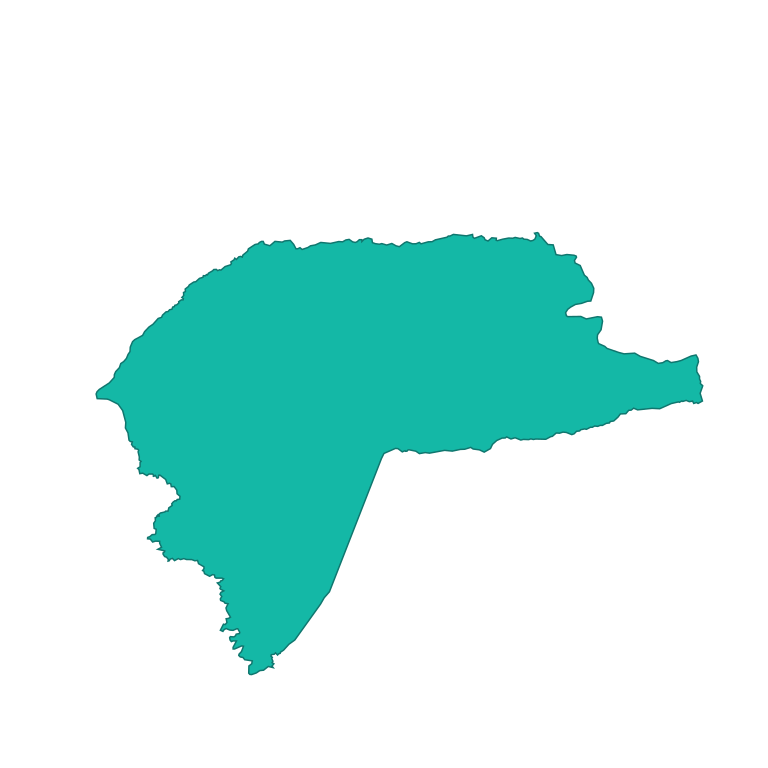 outline of Mavago, Niassa, Mozambique, rotated 59°
{"feature_id": "85939544B69199020344442", "entity_name": "Mavago", "entity_type": "district", "adm_level": 2, "iso_a3": "MOZ", "parent_name": "Mozambique", "parent_adm1": "Niassa", "projection": "equal_earth", "projection_center": [36.395, -12.167], "detail": "fine", "context": "isolated", "style": "filled", "palette": "teal", "viewbox_px": 768, "rotation_deg": 59, "n_neighbors": 0, "source": "geoboundaries", "source_scale": "gbopen_adm2", "svg_char_len": 6170}
<svg xmlns="http://www.w3.org/2000/svg" viewBox="0 0 768 768"><g transform="rotate(59 384 384)"><path d="M556.1,645.0L562.2,648.9L563.8,648.6L564.9,647.1L565.9,642.3L565.7,638.1L567.3,634.6L566.5,628.7L570.0,625.1L568.1,625.3L567.1,622.5L565.2,623.5L564.4,622.0L561.5,621.6L560.8,620.5L559.1,621.1L558.0,620.0L559.1,617.2L558.6,615.5L561.5,614.8L561.0,613.4L561.4,611.7L560.6,610.9L560.4,607.1L558.1,599.5L557.5,592.3L540.0,551.8L536.4,545.3L534.0,537.8L446.6,424.6L443.5,419.8L445.1,407.4L446.6,405.3L451.6,403.3L452.0,400.4L452.7,400.3L453.4,398.9L452.9,397.3L453.4,396.3L458.0,391.3L461.9,389.5L464.0,384.0L466.7,380.6L472.1,366.2L476.7,360.0L479.4,352.2L481.5,348.4L483.0,342.3L485.6,341.1L489.6,336.1L494.0,333.2L494.2,326.0L491.6,322.1L490.5,316.4L491.2,310.6L492.7,307.9L492.5,306.1L496.5,303.5L497.6,299.3L502.5,295.6L503.3,293.0L506.2,288.6L506.7,286.4L508.5,284.5L509.3,282.3L514.7,273.8L515.0,268.2L515.6,266.6L514.7,261.6L516.6,258.8L517.4,255.4L519.4,252.7L524.1,249.1L524.6,246.6L523.7,243.3L525.0,240.5L524.5,239.0L525.8,235.2L527.1,233.8L527.4,229.3L528.4,227.7L528.5,225.1L530.4,222.6L530.8,220.0L532.0,218.0L532.2,213.7L533.5,210.8L532.7,209.4L534.0,206.1L532.9,200.5L531.4,196.8L534.0,192.0L532.6,187.8L533.7,185.6L533.3,182.5L536.8,179.9L542.9,166.8L547.2,160.4L548.7,147.9L551.0,140.8L551.8,140.3L552.0,137.4L552.8,136.9L553.7,133.4L556.4,131.4L557.6,128.3L560.2,128.5L560.8,125.7L562.4,124.8L562.6,119.8L554.8,117.8L549.7,111.7L546.5,112.6L544.8,111.2L542.3,111.0L540.0,109.6L534.7,109.6L530.6,107.3L526.9,103.0L523.6,101.7L519.8,101.6L518.2,106.4L516.9,117.2L515.7,121.4L513.5,126.9L509.9,128.9L509.3,130.5L509.3,134.1L507.6,138.3L502.7,140.9L492.3,150.1L486.7,153.2L481.8,162.7L477.8,166.6L468.4,174.5L465.4,175.4L460.1,179.1L458.7,179.1L454.5,177.6L451.8,175.6L449.3,170.0L442.7,164.3L438.7,163.2L436.3,166.3L432.4,177.1L427.5,180.5L420.9,191.8L419.5,192.5L416.4,191.6L414.6,188.0L414.2,184.5L414.4,178.9L416.6,173.2L417.9,166.9L419.4,164.0L413.6,157.3L410.0,154.9L404.5,154.3L400.0,155.3L397.3,155.0L393.9,156.2L383.5,154.8L378.7,157.9L376.2,157.1L374.5,153.7L373.3,153.4L371.5,154.8L367.2,160.6L365.4,165.6L361.7,169.9L351.9,167.3L348.8,171.7L338.6,173.5L337.4,174.5L334.4,173.9L333.2,174.6L332.3,177.3L335.3,177.1L337.4,179.8L337.7,182.1L337.0,184.6L333.8,186.8L331.9,189.5L330.2,190.1L329.3,192.5L325.9,196.1L325.4,198.5L323.1,202.0L321.0,207.7L319.5,213.1L318.5,213.8L316.9,212.6L314.2,216.3L315.0,221.2L312.4,223.1L310.2,222.8L307.1,224.2L305.7,231.5L303.8,232.1L301.4,231.1L299.5,237.0L291.5,247.5L291.2,251.1L290.3,252.7L290.6,254.5L286.9,265.7L286.8,269.5L284.9,272.9L282.9,280.1L280.8,280.8L280.3,284.3L278.5,287.4L273.9,291.1L273.5,293.4L274.2,300.1L271.8,302.5L267.6,304.9L266.3,310.1L262.5,313.6L261.8,316.0L259.3,319.1L256.9,321.1L253.6,319.8L250.6,322.5L249.7,326.4L250.5,329.6L248.9,328.7L247.6,330.8L248.2,333.8L247.9,335.7L246.0,337.7L242.1,339.4L240.9,342.5L240.8,346.3L238.6,349.4L235.9,357.5L230.1,365.3L229.4,371.3L227.7,375.8L227.8,378.9L226.5,384.9L223.9,385.8L223.6,388.4L222.8,389.8L217.8,389.5L212.6,390.4L210.2,395.5L210.0,398.1L205.6,404.0L206.7,410.6L202.5,414.5L199.6,414.1L198.7,415.5L198.5,418.0L199.1,419.6L198.0,422.7L198.3,430.6L199.9,432.5L200.8,438.5L202.2,440.1L200.9,441.0L200.2,442.9L201.2,446.4L199.3,447.1L200.3,448.6L200.5,452.4L202.1,452.7L202.8,454.1L201.5,459.7L202.4,465.2L201.5,466.0L201.1,468.2L199.4,468.7L198.2,471.0L198.7,472.6L198.6,477.3L199.5,479.2L198.8,479.8L199.2,481.5L198.1,483.0L199.3,484.3L198.4,487.8L199.4,492.6L198.6,494.6L198.8,499.9L199.7,501.4L200.2,505.5L202.5,506.6L202.3,508.7L205.0,510.1L205.7,512.7L207.5,512.0L208.4,512.9L207.5,514.4L207.7,517.6L208.9,518.1L209.4,520.9L208.8,522.7L209.7,523.9L209.2,525.5L210.7,527.3L209.9,529.5L210.7,531.8L209.9,533.7L210.9,538.4L212.3,540.3L211.5,543.8L213.8,551.2L214.1,556.1L215.8,562.2L218.0,565.9L217.6,574.8L218.2,577.7L221.7,582.5L225.4,585.0L226.8,588.1L229.4,591.6L230.7,595.6L230.9,599.1L233.7,602.4L235.2,607.6L237.1,610.3L239.4,611.8L241.6,618.9L242.0,630.8L242.8,633.9L244.3,635.9L248.8,637.4L254.4,629.0L256.0,627.6L264.4,622.3L272.2,621.7L283.9,625.1L288.5,628.3L294.0,628.6L300.8,631.5L302.6,631.1L304.0,629.5L305.7,631.5L308.8,631.3L309.8,630.0L311.2,630.8L313.1,628.6L314.4,628.4L315.5,629.7L320.5,631.3L323.0,633.0L325.2,632.1L325.7,633.5L329.3,635.7L329.4,638.6L331.1,638.1L335.1,639.5L336.2,636.7L340.4,634.4L340.1,631.9L342.0,628.7L343.2,628.4L344.1,629.2L344.6,628.9L344.6,627.1L347.8,627.0L348.1,625.7L346.2,624.0L346.7,623.0L353.4,620.3L358.0,621.2L358.7,618.9L359.8,618.2L362.4,619.2L363.9,616.7L368.3,616.3L371.5,617.9L375.2,616.7L377.5,618.4L376.5,620.7L377.1,622.2L376.4,623.4L376.6,625.6L377.4,627.7L379.0,628.1L379.3,632.2L381.7,634.6L380.5,636.7L380.8,637.8L379.4,642.1L379.8,643.9L381.5,644.7L380.8,646.1L380.5,645.0L379.7,645.1L380.3,647.1L381.2,647.8L380.8,649.0L383.5,650.4L384.7,653.1L389.4,655.4L391.2,654.1L394.7,656.7L395.0,657.8L393.7,660.3L394.2,663.3L393.8,665.6L394.9,666.4L396.6,664.2L400.3,663.7L401.0,660.8L403.3,657.3L404.9,658.3L409.4,658.8L409.2,663.0L414.1,657.9L414.8,658.5L415.0,660.4L416.1,661.0L418.9,660.9L420.5,659.6L423.3,659.2L424.6,660.3L424.9,659.2L424.0,657.5L424.5,655.2L427.5,654.5L427.7,650.2L429.7,648.8L430.6,645.5L432.7,643.7L435.5,639.2L438.1,637.2L439.2,634.7L442.5,635.5L447.9,632.5L449.5,633.3L450.5,635.6L451.6,634.8L454.1,635.5L459.0,632.5L459.1,629.1L460.4,627.7L462.6,628.5L463.9,627.9L466.9,622.9L468.3,621.8L469.1,623.8L468.7,625.3L469.4,626.7L468.7,629.3L473.7,628.3L474.7,629.9L475.5,629.9L478.8,627.9L478.6,631.1L479.7,632.8L482.6,632.5L483.9,635.0L485.4,635.5L488.3,633.3L490.0,633.2L492.0,630.8L494.6,634.8L497.3,635.6L504.8,635.7L504.8,638.1L503.9,640.2L507.6,641.5L508.4,644.0L507.2,645.3L510.8,651.1L513.1,649.5L512.2,647.5L512.3,645.3L515.5,642.9L517.4,640.3L518.0,636.1L518.5,635.4L522.5,635.5L523.4,636.4L522.3,639.6L523.3,640.8L523.5,642.9L521.4,645.8L522.0,647.0L524.2,647.8L526.2,647.5L526.5,645.6L528.3,642.8L532.0,649.0L533.4,649.8L534.2,648.5L535.2,640.9L536.4,639.5L539.9,643.9L540.9,647.4L541.9,648.3L543.9,647.8L545.8,645.7L548.6,645.4L553.5,639.5L555.7,641.5L556.1,645.0Z" fill="#14b8a6" stroke="#0f766e" stroke-width="1.5"/></g></svg>